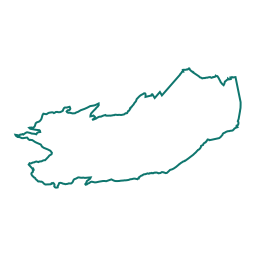 the district of Chiautzingo, Puebla, Mexico
{"feature_id": "50627088B78995429412186", "entity_name": "Chiautzingo", "entity_type": "district", "adm_level": 2, "iso_a3": "MEX", "parent_name": "Mexico", "parent_adm1": "Puebla", "projection": "mercator", "projection_center": [-98.514, 19.199], "detail": "fine", "context": "isolated", "style": "outline", "palette": "teal", "viewbox_px": 256, "rotation_deg": 0, "n_neighbors": 0, "source": "geoboundaries", "source_scale": "gbopen_adm2", "svg_char_len": 5736}
<svg xmlns="http://www.w3.org/2000/svg" viewBox="0 0 256 256"><path d="M235.5,77.1L234.6,77.2L232.8,77.5L232.1,77.1L231.8,77.4L231.7,77.3L230.7,77.4L230.7,77.6L230.4,77.6L230.7,79.1L228.7,79.4L228.5,79.0L228.1,78.7L228.1,79.5L227.0,79.8L226.0,80.8L224.9,81.6L224.3,83.9L223.6,85.2L222.4,84.2L220.6,82.0L220.4,81.4L218.6,78.0L217.6,76.4L217.2,76.1L216.7,76.2L216.3,76.2L215.7,75.7L215.2,76.6L214.7,76.9L214.2,77.0L213.6,77.0L213.1,77.3L212.7,77.2L212.1,77.6L211.4,77.8L210.1,77.1L209.2,77.2L208.1,77.4L207.3,77.7L206.0,77.7L204.9,78.1L204.6,78.0L203.4,78.1L202.2,78.4L201.6,77.9L199.9,77.3L198.9,76.3L192.9,72.3L193.1,72.0L192.7,71.7L192.2,71.6L191.1,70.9L189.5,69.3L189.5,68.6L189.3,68.4L188.9,68.4L187.6,69.5L186.8,69.4L186.2,69.7L185.4,69.8L183.1,69.8L182.8,69.9L183.3,71.7L182.1,71.7L181.2,73.1L180.1,74.3L180.1,74.6L161.9,95.4L159.9,92.0L155.5,97.1L154.7,98.0L152.4,94.3L151.7,94.4L151.4,95.0L151.5,95.2L151.3,95.6L150.9,95.6L145.5,96.9L145.6,95.7L145.5,94.3L145.4,93.8L145.2,93.5L144.9,93.3L144.1,93.3L143.9,93.4L143.1,94.0L141.1,95.0L140.1,95.7L139.3,96.4L136.7,99.1L136.0,101.1L135.5,101.8L134.5,102.9L133.5,104.6L132.2,106.0L132.0,106.5L130.6,107.6L130.1,108.2L130.4,108.6L129.5,109.7L129.3,110.4L128.8,110.8L128.1,111.1L127.8,111.7L127.5,112.4L127.1,113.1L126.6,113.3L126.1,113.2L125.5,113.3L124.1,114.4L121.2,115.0L118.9,114.8L118.0,115.0L115.1,114.7L114.4,115.1L113.6,115.1L111.7,115.5L111.0,115.5L110.4,115.7L109.6,115.6L107.0,115.7L106.0,115.6L105.5,115.0L103.0,115.7L102.3,116.1L101.5,116.3L100.9,116.7L100.0,116.6L98.8,116.9L97.1,117.8L96.0,118.6L92.2,120.0L94.9,117.7L94.9,116.8L93.4,115.5L92.3,116.0L90.4,116.4L90.5,115.2L90.9,114.1L91.1,113.5L92.9,111.5L94.9,109.4L95.2,109.3L96.5,107.6L97.7,106.6L98.7,105.2L98.6,103.5L95.3,105.1L93.9,105.5L90.2,106.1L87.4,107.6L84.5,108.9L80.8,110.2L77.9,111.9L76.3,112.4L75.1,113.2L74.2,113.3L72.6,113.4L69.7,112.7L68.3,112.8L67.2,112.3L66.6,111.5L67.2,110.8L68.0,110.2L69.0,110.2L69.9,109.6L70.2,109.1L70.3,108.6L70.0,107.6L69.6,106.8L66.9,107.5L64.9,107.5L64.2,107.9L63.2,109.5L62.9,110.7L61.6,111.5L60.3,112.1L59.3,112.2L58.2,112.2L57.2,111.9L55.8,112.0L55.1,112.5L53.9,113.1L52.9,112.4L52.0,112.3L49.9,112.6L48.9,112.8L47.5,113.5L46.7,114.1L46.1,114.2L43.4,113.7L42.5,115.1L41.6,118.3L41.3,119.1L40.4,120.4L39.4,121.4L38.2,121.9L36.7,122.4L35.7,123.3L34.9,125.9L34.5,126.6L33.4,127.6L32.5,127.8L31.5,127.5L30.7,127.6L29.8,127.6L29.2,127.8L30.3,128.8L35.8,129.8L39.4,130.2L39.9,130.7L40.2,132.0L38.2,132.3L37.1,133.0L36.3,134.3L34.5,133.8L31.4,133.5L30.9,133.2L29.9,132.9L27.3,132.3L26.6,132.4L25.5,133.0L23.2,134.6L22.6,134.1L21.5,134.5L20.2,134.6L19.3,135.5L17.3,135.1L15.4,134.8L15.6,135.3L16.2,136.0L17.7,137.0L19.6,137.1L20.9,137.7L21.9,138.1L23.5,138.1L26.5,137.6L27.2,137.6L28.5,139.3L29.6,140.0L30.3,139.8L31.0,140.0L32.0,140.0L33.4,140.8L34.6,141.7L36.3,142.6L40.7,144.5L41.3,145.3L41.9,146.5L43.7,147.8L47.7,149.4L50.3,150.7L51.1,151.7L51.9,152.8L51.5,154.3L49.4,155.5L48.2,157.0L45.1,160.2L44.2,160.2L42.8,160.6L41.6,161.3L39.4,161.5L38.5,162.1L36.3,161.5L35.1,161.9L34.1,162.4L32.9,162.5L31.0,163.4L30.4,163.5L29.6,163.2L28.7,164.6L32.3,168.5L33.1,168.4L33.7,169.9L33.6,170.1L32.8,170.2L32.9,171.1L32.9,171.8L32.6,172.2L31.9,172.6L31.4,173.4L31.5,174.5L32.4,175.9L33.3,176.6L33.7,177.3L34.2,177.4L35.2,178.1L35.7,179.2L37.5,180.6L37.7,181.1L38.3,181.5L39.6,181.4L40.4,181.7L41.7,181.7L42.8,182.4L44.0,183.7L45.3,184.5L50.4,184.3L51.3,184.0L51.3,183.7L51.6,183.2L52.2,183.2L52.5,183.3L52.6,183.1L53.1,182.9L53.9,183.5L54.5,184.5L54.3,186.4L54.5,186.5L54.9,187.2L55.7,187.6L56.6,187.6L57.7,187.4L57.8,187.0L57.8,185.8L58.4,185.1L58.8,184.1L59.0,183.3L59.3,183.0L59.8,182.9L60.8,182.9L62.0,183.2L63.1,183.7L64.5,183.9L65.3,184.2L67.8,183.8L68.7,183.4L71.0,183.5L71.4,183.3L72.2,182.6L72.8,181.8L73.5,180.1L74.3,179.2L76.0,178.6L78.2,177.4L79.5,177.5L80.5,177.7L82.2,177.8L82.5,177.7L83.1,177.6L84.9,177.9L90.7,177.4L90.1,178.7L86.9,181.1L85.9,183.5L85.3,184.1L85.7,184.7L86.8,184.4L87.8,183.6L89.3,183.0L90.6,182.0L91.7,181.7L94.9,182.4L96.2,182.3L99.4,181.6L103.0,181.0L104.7,181.0L106.2,181.2L111.4,179.4L113.6,180.5L115.1,181.0L116.5,181.1L119.1,181.0L120.8,180.7L123.5,180.5L124.6,180.3L126.0,180.3L127.5,180.1L128.7,179.9L130.2,179.3L131.9,179.1L133.4,178.7L134.9,178.6L136.0,178.9L136.6,179.0L137.0,179.0L137.4,179.2L138.1,178.5L138.5,178.5L138.5,178.1L139.0,177.9L139.2,177.1L139.5,177.0L141.2,175.7L142.5,175.3L142.8,174.9L143.4,174.6L143.7,174.4L144.9,174.2L145.4,174.2L146.0,173.9L146.4,173.9L147.3,173.4L148.2,173.5L148.5,173.7L149.3,173.6L150.0,173.1L151.0,173.3L151.7,172.9L152.9,173.3L153.3,173.0L153.5,173.1L154.7,172.6L155.3,172.7L155.9,172.5L157.2,172.7L158.4,173.3L158.8,173.1L159.2,173.2L160.4,173.0L161.9,172.1L163.1,172.2L163.3,172.4L164.2,172.5L164.5,172.7L165.7,173.1L165.9,173.0L166.4,173.0L166.9,172.9L167.9,172.0L170.1,169.9L171.9,169.4L173.6,168.6L176.1,166.9L179.3,164.2L179.5,163.9L179.9,163.8L180.7,163.1L182.8,161.8L183.1,161.5L184.6,161.1L184.8,160.7L185.4,160.6L188.6,158.3L190.0,157.2L193.2,154.8L194.2,153.8L195.9,152.3L196.9,151.1L197.5,150.6L197.9,150.0L198.8,149.6L199.6,148.9L200.2,148.2L200.8,147.2L201.0,146.5L201.1,145.9L203.1,144.9L203.4,143.9L203.9,143.3L204.3,143.0L204.9,142.8L205.5,142.1L205.8,142.1L206.0,141.6L206.4,141.4L207.6,139.5L208.9,139.7L209.3,140.2L211.9,139.7L219.2,138.1L220.6,137.0L222.5,134.8L222.7,134.1L223.0,133.6L223.7,133.1L224.8,132.7L225.3,132.3L226.4,131.7L227.9,131.2L229.4,131.1L230.2,130.8L231.4,130.7L232.6,130.5L233.8,129.4L234.4,128.6L236.0,127.6L236.7,127.5L237.5,127.1L236.5,126.1L236.6,125.6L237.4,125.3L238.1,124.8L238.4,123.7L238.4,122.1L237.8,121.2L238.6,119.1L240.0,111.2L240.1,110.3L240.5,107.9L240.6,104.8L240.6,102.2L235.5,77.1Z" fill="none" stroke="#0f766e" stroke-width="2"/></svg>